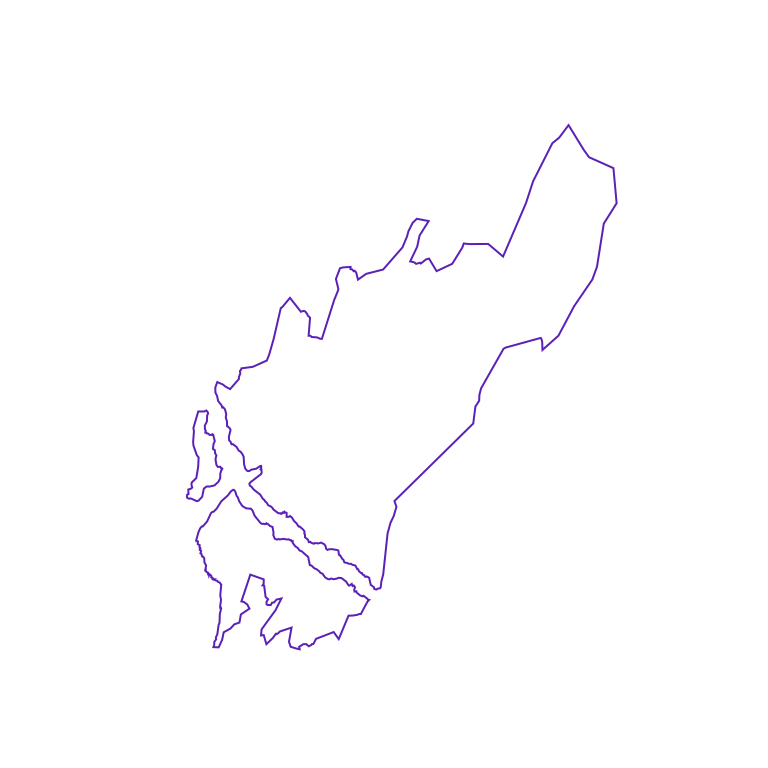 outline of Ullensvang nor, Hordaland, Norway, rotated 287°
{"feature_id": "86288312B73350405058148", "entity_name": "Ullensvang nor", "entity_type": "district", "adm_level": 2, "iso_a3": "NOR", "parent_name": "Norway", "parent_adm1": "Hordaland", "projection": "robinson", "projection_center": [6.658, 60.244], "detail": "fine", "context": "isolated", "style": "outline", "palette": "violet", "viewbox_px": 768, "rotation_deg": 287, "n_neighbors": 0, "source": "geoboundaries", "source_scale": "gbopen_adm2", "svg_char_len": 6147}
<svg xmlns="http://www.w3.org/2000/svg" viewBox="0 0 768 768"><g transform="rotate(287 384 384)"><path d="M337.1,224.0L331.3,223.7L326.5,225.3L323.7,227.9L319.2,230.4L316.1,234.9L314.2,236.2L314.8,237.0L313.1,239.5L308.9,242.0L305.6,242.5L302.5,244.7L297.7,246.3L297.6,247.4L296.2,249.9L295.1,250.7L288.1,251.1L284.8,252.4L283.8,254.3L282.2,255.3L281.8,256.1L282.3,256.9L280.8,261.2L277.8,264.6L277.3,266.7L275.3,269.3L273.3,271.1L266.2,273.7L262.6,276.0L261.1,278.2L260.9,279.2L261.4,280.6L263.3,282.2L265.6,286.5L269.4,289.6L269.7,290.4L268.7,290.7L268.2,291.6L268.4,290.6L267.1,291.3L266.4,290.8L266.7,290.4L266.3,290.7L266.2,291.9L263.3,293.0L262.0,292.8L251.1,285.1L249.2,284.4L247.6,285.4L247.0,287.3L244.9,290.4L242.1,297.8L238.5,302.1L238.2,303.4L236.8,304.9L236.4,306.3L234.2,308.7L233.8,311.6L232.6,314.1L231.8,314.6L229.8,319.9L229.6,321.4L230.1,322.5L229.7,323.6L231.3,324.5L231.0,324.8L231.7,325.3L231.3,325.3L231.6,326.2L232.5,327.2L232.2,328.6L228.5,329.7L229.1,331.8L230.3,332.8L229.4,335.0L226.8,337.8L225.4,340.7L222.7,344.1L223.1,345.0L220.9,349.7L219.4,351.3L217.7,351.5L217.0,352.4L214.3,353.3L212.9,356.8L210.8,358.4L211.5,359.8L210.9,360.8L210.7,363.5L211.6,364.2L212.4,367.9L213.9,370.1L213.3,373.7L211.9,375.5L209.6,376.8L208.8,378.4L209.9,379.8L210.9,382.7L211.6,388.5L210.9,389.4L207.9,390.6L207.1,391.5L207.3,392.2L204.7,395.0L204.1,396.5L201.8,398.3L202.1,401.1L201.8,402.9L202.4,405.2L201.8,406.6L202.1,409.6L199.1,412.6L199.3,413.5L197.7,414.7L196.6,417.1L196.7,418.4L195.6,419.0L195.3,421.2L194.3,421.8L194.2,423.0L194.9,423.8L194.4,426.4L188.1,430.0L186.7,433.8L185.2,434.6L185.2,436.8L186.4,437.7L187.5,439.9L188.7,440.3L194.5,439.2L201.8,438.9L242.1,431.1L253.0,430.8L260.7,431.9L270.2,431.8L275.1,428.2L372.3,480.9L389.1,478.0L395.8,479.9L401.5,478.4L408.2,478.1L452.6,488.0L454.3,489.5L473.9,520.4L472.7,521.7L470.4,523.0L462.9,525.6L481.2,536.7L514.1,543.1L544.9,552.7L558.4,553.4L601.6,547.3L624.9,553.6L657.5,540.3L660.8,513.8L666.2,506.7L685.5,484.8L670.8,479.5L663.5,474.6L621.3,467.3L598.6,466.9L540.7,460.6L548.4,442.7L542.6,424.2L541.7,419.2L537.3,419.0L518.9,414.1L507.3,401.3L517.1,390.4L515.5,387.8L510.0,384.0L510.5,383.0L508.3,379.6L509.2,377.3L508.9,373.2L525.1,375.6L536.4,374.6L552.9,379.1L551.6,367.1L546.6,364.3L537.2,362.7L531.8,362.9L520.0,361.7L493.2,349.7L484.1,334.7L476.2,328.6L482.5,324.8L483.7,322.9L483.0,322.1L484.3,319.8L484.1,318.3L486.2,317.8L483.6,310.9L481.9,308.1L470.4,307.3L461.5,312.6L459.7,312.7L449.8,311.8L409.0,311.4L408.6,309.4L409.0,306.4L407.8,301.1L408.6,299.5L408.1,297.8L425.8,293.9L427.2,291.0L428.4,290.2L430.4,287.4L430.4,285.8L428.8,283.4L438.9,268.9L427.7,264.2L426.4,263.1L394.9,265.3L378.6,265.6L372.2,265.1L362.0,253.4L357.3,243.1L355.6,243.1L354.5,242.4L351.9,243.5L348.1,243.2L346.4,243.8L334.1,238.3L335.2,233.1L336.4,230.0L337.1,224.0ZM173.1,432.9L173.0,431.6L173.7,431.1L175.5,426.3L174.7,425.5L174.8,423.1L176.5,418.9L177.7,418.2L176.9,416.5L178.6,415.6L181.2,415.7L182.4,414.2L182.4,413.6L181.7,413.0L183.4,411.6L181.1,409.9L181.0,409.1L184.0,405.5L186.0,400.0L185.3,397.0L184.3,396.1L182.6,393.0L182.5,390.3L181.2,388.9L181.1,387.1L181.9,384.2L184.6,380.6L184.8,378.5L186.1,376.5L187.2,373.5L187.4,371.2L189.2,367.7L189.1,366.0L196.4,362.1L200.0,354.1L200.1,351.9L201.9,349.6L202.9,346.5L205.2,343.4L207.0,342.6L206.5,342.1L207.4,340.7L207.1,340.5L207.6,338.1L206.9,336.7L206.6,333.4L204.8,329.6L205.0,328.6L204.0,327.3L204.0,325.0L207.0,322.4L209.8,321.7L214.7,319.2L214.9,316.5L216.3,313.5L215.7,312.1L216.0,312.0L215.1,311.2L215.2,309.8L214.5,308.1L215.0,306.5L220.2,298.8L224.6,295.2L225.8,293.3L224.8,288.5L225.9,284.2L229.4,279.9L232.8,277.4L233.9,275.8L237.7,273.2L238.9,271.4L238.6,270.5L236.6,269.0L231.7,267.2L224.3,262.7L215.8,260.4L212.1,258.4L211.4,257.2L210.0,256.3L200.7,255.0L194.8,252.3L194.6,251.5L192.3,250.4L188.0,249.9L179.5,250.1L179.0,250.4L179.3,250.9L179.0,252.1L176.4,252.7L176.0,254.9L174.2,255.1L173.6,256.1L172.5,256.1L172.6,256.5L171.4,256.5L171.0,257.9L168.4,258.0L168.3,258.9L165.8,260.6L166.0,261.4L165.1,262.9L160.6,264.6L158.6,266.9L153.8,267.5L154.1,267.9L153.2,268.1L152.4,269.2L152.1,271.0L150.9,271.9L150.7,271.4L150.3,271.7L150.5,272.4L149.8,272.7L151.0,272.9L150.7,273.9L149.8,275.1L148.5,275.3L148.5,276.4L147.7,276.8L147.9,277.4L147.4,277.5L147.7,278.0L147.2,278.3L147.5,279.0L147.1,278.8L147.4,279.2L146.9,280.1L147.1,282.1L146.4,282.7L146.0,285.1L145.5,285.7L146.0,285.9L145.2,285.9L144.6,287.0L134.0,289.2L129.8,291.3L123.9,292.2L122.4,292.7L122.8,293.1L121.7,293.9L116.3,294.2L107.6,296.5L105.1,296.3L95.7,297.8L92.5,297.3L90.7,298.1L87.8,297.1L84.9,297.9L82.5,297.8L83.8,302.9L92.0,304.0L99.7,303.3L105.3,308.7L110.4,311.1L113.6,315.5L121.8,314.5L129.8,321.0L133.2,317.7L134.6,313.7L134.4,311.2L162.6,311.9L162.0,326.1L157.9,327.3L156.0,326.8L156.4,328.0L156.0,328.4L145.8,333.0L144.3,336.1L141.1,335.3L138.8,336.3L138.7,337.4L139.5,340.3L142.2,340.9L142.9,342.7L146.4,344.2L148.9,348.6L136.0,346.4L113.6,338.7L107.6,339.9L108.7,342.4L100.8,347.6L108.5,351.9L113.6,353.7L113.4,354.4L114.6,355.6L116.9,356.8L124.0,366.8L109.7,368.5L105.4,371.6L105.4,377.7L105.7,380.9L107.9,379.7L111.6,382.9L112.5,385.7L111.2,388.8L113.3,390.9L114.2,391.1L114.8,392.5L120.4,393.5L132.1,408.4L126.8,415.3L152.1,417.8L153.2,421.3L155.3,425.7L156.8,427.6L157.2,429.1L170.9,431.8L173.1,432.9ZM283.1,216.1L272.8,218.4L269.4,219.8L261.2,225.8L259.6,228.2L250.5,230.5L239.2,232.0L233.5,228.9L231.4,229.3L228.9,230.9L227.3,229.8L225.9,227.7L221.5,229.2L220.6,228.1L218.4,228.5L217.6,229.1L217.3,231.2L218.0,232.3L218.0,233.5L217.2,239.4L218.3,240.8L223.1,243.1L231.3,242.3L234.2,244.4L234.8,246.9L237.5,251.6L242.2,254.3L246.0,254.9L250.2,253.7L253.6,253.6L255.6,254.2L256.0,253.6L255.7,253.0L257.0,251.7L256.1,249.4L257.6,247.4L262.9,244.8L266.7,244.6L268.4,242.7L271.2,241.6L271.9,239.4L276.9,238.5L279.9,238.9L285.5,235.5L285.2,234.8L285.6,234.4L284.9,234.0L284.3,232.2L285.1,230.7L285.0,228.8L285.6,228.4L285.3,227.3L287.5,227.0L288.3,226.0L291.8,224.8L296.4,225.6L302.1,224.1L304.5,224.4L305.8,223.4L306.7,221.8L305.2,220.2L303.4,214.4L286.2,214.6L283.1,216.1Z" fill="none" stroke="#5b21b6" stroke-width="2"/></g></svg>